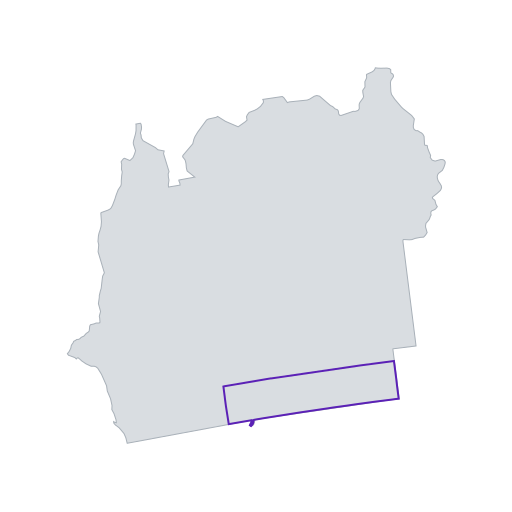 Halfa, Northern, Sudan shown in context, rotated 171°
{"feature_id": "16777658B39778167930026", "entity_name": "Halfa", "entity_type": "district", "adm_level": 2, "iso_a3": "SDN", "parent_name": "Sudan", "parent_adm1": "Northern", "projection": "orthographic", "projection_center": [30.005, 21.349], "detail": "fine", "context": "in_parent", "style": "outline", "palette": "violet", "viewbox_px": 512, "rotation_deg": 171, "n_neighbors": 0, "source": "geoboundaries", "source_scale": "gbopen_adm2", "svg_char_len": 4553}
<svg xmlns="http://www.w3.org/2000/svg" viewBox="0 0 512 512"><g transform="rotate(171 256 256)"><path d="M354.0,405.1L349.4,405.2L348.9,404.2L348.9,401.2L349.4,399.0L351.0,395.4L350.6,393.5L350.8,390.7L349.6,387.6L338.4,378.8L336.3,376.3L330.3,374.1L331.3,371.5L328.7,353.0L329.9,350.8L330.2,347.5L330.1,344.6L331.5,339.8L331.6,337.8L319.9,337.9L319.8,339.9L320.4,342.2L320.3,343.1L304.1,343.5L310.7,350.7L311.0,353.9L310.7,357.9L310.8,360.5L311.1,362.1L312.9,365.4L312.8,366.0L312.4,366.8L300.9,376.7L299.0,381.2L297.5,383.6L294.1,387.6L283.6,398.0L281.8,398.7L273.7,399.2L273.0,399.4L272.3,399.9L272.0,399.8L265.0,393.7L253.4,386.4L245.7,390.2L243.6,391.6L243.6,395.1L242.4,396.9L240.3,398.9L234.6,400.1L231.7,401.1L228.1,403.1L224.7,406.4L224.4,408.1L224.8,409.6L205.1,409.4L203.8,408.1L201.0,402.6L199.0,403.0L181.1,402.0L178.6,402.5L173.4,404.7L170.9,405.0L168.2,403.9L158.9,392.9L156.9,391.6L154.8,388.9L152.8,387.8L152.2,386.9L152.0,385.8L152.1,383.4L151.4,381.9L149.9,381.5L137.3,383.7L135.5,383.3L132.9,383.7L132.0,384.1L130.9,385.5L130.6,388.4L130.3,389.9L129.3,391.5L125.7,395.1L124.8,396.6L124.9,400.7L124.7,402.7L124.1,403.6L122.5,405.1L121.9,406.0L121.2,411.1L119.2,414.1L118.7,415.2L118.6,417.5L118.3,418.1L112.5,419.7L110.4,420.8L109.0,422.5L108.7,423.2L106.3,422.5L103.2,421.9L97.2,421.1L94.9,420.2L93.8,419.0L94.2,415.9L93.6,415.2L92.7,414.6L92.0,413.2L92.2,411.6L95.4,408.1L96.1,406.2L97.1,397.2L96.9,394.4L94.5,389.2L89.0,380.2L87.6,378.4L80.7,370.9L79.9,369.8L78.2,366.6L80.3,360.0L80.5,358.2L80.0,356.2L78.3,354.7L76.7,354.5L74.6,352.6L73.3,351.7L72.1,350.1L71.3,347.8L72.1,339.9L71.7,338.8L69.9,338.5L69.5,337.9L69.7,336.4L68.8,331.8L67.8,328.0L68.5,326.0L67.0,323.1L64.2,321.7L58.5,322.4L56.8,322.1L55.6,321.5L54.8,320.5L54.4,319.2L54.9,317.4L56.6,314.1L58.6,311.4L62.8,309.1L63.9,307.8L64.5,306.4L64.7,304.7L64.5,302.8L64.1,301.2L63.0,298.9L62.0,296.3L62.0,294.6L62.6,293.3L63.7,291.9L67.8,289.2L72.0,286.9L72.7,286.1L72.5,285.1L70.6,283.0L70.2,279.0L69.2,276.3L71.4,274.3L72.9,273.7L75.4,273.1L76.3,272.3L76.7,270.7L76.6,269.1L77.5,268.0L78.8,265.6L79.7,264.5L83.0,261.7L83.7,259.8L84.0,258.0L83.3,252.4L85.2,250.2L87.5,248.4L90.8,248.7L96.0,248.5L99.5,247.8L102.0,248.0L107.7,249.2L108.3,248.8L108.6,247.3L112.0,142.1L135.1,142.9L135.4,142.7L136.9,92.8L281.4,94.6L282.6,94.4L284.8,89.7L285.8,89.4L287.3,89.6L287.8,90.7L286.6,94.5L412.5,91.2L413.0,96.9L414.2,101.4L418.1,107.8L421.3,111.1L422.5,113.0L422.6,113.9L422.5,114.7L421.5,113.8L420.0,113.2L419.9,116.3L420.9,122.5L422.4,126.8L421.6,130.9L422.0,137.8L424.0,145.9L423.9,151.2L427.1,163.3L429.9,170.0L431.4,171.6L433.0,172.4L436.1,172.9L440.8,176.1L444.5,179.6L445.9,181.4L447.7,183.4L448.9,183.0L449.6,182.4L450.8,184.0L456.7,187.3L457.6,189.0L455.6,190.8L453.4,193.8L452.4,196.5L451.8,197.3L450.0,199.1L449.7,199.9L448.9,200.5L448.0,200.6L446.1,201.6L444.3,201.4L442.6,202.0L442.0,202.6L440.6,203.3L438.7,203.7L435.8,206.1L433.2,207.3L432.4,208.2L431.2,212.8L430.3,214.0L426.4,214.3L424.5,214.8L422.0,214.4L420.7,214.5L420.4,215.5L420.1,219.3L420.2,221.0L418.2,225.5L419.1,233.6L417.2,239.8L417.0,241.3L415.0,246.2L414.0,248.1L411.5,257.2L410.6,260.1L408.4,263.1L411.3,284.8L409.6,291.5L409.8,295.1L408.5,300.5L407.5,303.1L405.9,306.1L404.4,309.5L403.3,314.0L402.6,322.3L402.2,323.1L395.3,324.4L393.1,325.1L391.7,326.0L389.9,328.3L386.5,334.2L384.7,337.9L381.8,342.9L378.5,346.5L377.8,348.2L377.3,351.3L376.1,356.3L375.0,359.9L375.3,362.7L374.3,367.7L374.5,370.1L373.3,371.4L371.7,372.8L370.6,373.1L365.6,370.0L362.2,372.3L360.1,375.6L358.5,378.8L359.6,385.6L359.5,387.1L359.0,388.7L355.9,395.5L354.9,398.5L354.0,403.9L354.0,405.1Z" fill="#d9dde1" stroke="#a8b0b8" stroke-width="1"/><path d="M309.2,94.2L294.2,94.4L293.0,94.4L286.0,94.5L286.1,93.6L286.4,93.1L286.6,92.5L287.1,91.6L288.0,90.7L288.5,89.8L288.0,89.4L287.8,89.0L287.5,88.8L286.3,89.7L286.2,89.8L285.4,90.8L285.2,90.9L284.7,91.9L284.5,93.1L283.9,94.4L283.6,94.5L274.1,94.6L264.6,94.6L255.2,94.6L245.9,94.6L236.5,94.6L227.2,94.5L217.9,94.4L208.6,94.3L205.3,94.3L203.9,94.3L199.3,94.2L189.8,94.0L180.4,93.9L170.9,93.7L161.5,93.5L152.3,93.2L143.0,92.9L141.0,92.9L138.9,92.8L137.4,92.7L137.2,99.0L137.0,105.8L136.7,112.7L136.5,119.5L136.3,126.3L136.2,130.7L169.7,131.6L260.0,132.7L260.6,132.8L260.8,132.8L263.1,132.8L270.8,132.7L307.7,132.3L308.6,132.2L308.8,126.1L308.9,122.3L309.0,120.0L309.2,112.3L309.2,111.5L309.2,111.3L309.2,110.9L309.2,110.7L309.2,106.0L309.2,101.8L309.2,101.5L309.2,97.9L309.2,96.5L309.2,96.3L309.2,94.7L309.2,94.3L309.2,94.2Z" fill="none" stroke="#5b21b6" stroke-width="2"/></g></svg>